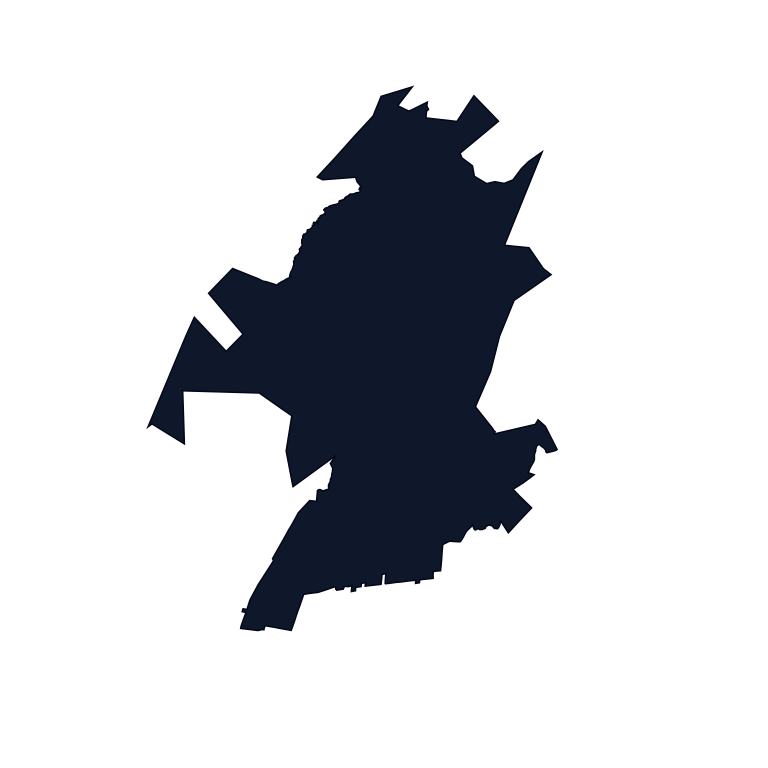 Peñón Blanco, Durango, Mexico, rotated 40°
{"feature_id": "50627088B91446374874512", "entity_name": "Peñón Blanco", "entity_type": "district", "adm_level": 2, "iso_a3": "MEX", "parent_name": "Mexico", "parent_adm1": "Durango", "projection": "equal_earth", "projection_center": [-104.068, 24.769], "detail": "fine", "context": "isolated", "style": "filled", "palette": "ink", "viewbox_px": 768, "rotation_deg": 40, "n_neighbors": 0, "source": "geoboundaries", "source_scale": "gbopen_adm2", "svg_char_len": 6098}
<svg xmlns="http://www.w3.org/2000/svg" viewBox="0 0 768 768"><g transform="rotate(40 384 384)"><path d="M432.0,193.2L407.5,186.4L387.1,200.3L356.0,104.6L351.8,120.6L350.8,130.4L351.6,144.7L347.1,153.1L338.9,157.7L333.8,164.5L319.7,166.8L311.6,160.0L298.4,160.7L293.9,158.3L302.8,109.1L267.6,105.4L271.1,136.0L245.1,153.2L241.3,147.8L241.6,145.0L238.2,143.5L237.2,142.2L236.0,140.2L228.9,156.4L227.6,159.0L215.7,162.0L215.4,156.8L214.7,138.2L196.9,165.5L203.4,185.7L202.3,208.7L202.1,212.3L201.1,243.2L199.8,268.4L205.7,267.0L229.2,244.0L230.8,244.7L231.6,245.3L233.4,246.4L237.2,247.1L237.5,247.2L238.0,247.1L238.6,247.6L238.8,247.4L239.3,247.2L240.1,247.1L240.5,247.6L240.4,248.0L240.1,248.2L239.7,248.9L239.4,249.3L239.3,249.5L240.0,251.1L241.2,250.8L241.4,250.6L241.6,250.8L242.0,252.7L241.8,253.3L239.7,255.4L239.6,256.0L238.6,257.8L238.1,258.2L237.6,259.0L236.9,259.5L236.5,259.7L236.1,260.1L235.9,260.7L235.7,261.5L235.6,262.1L235.6,262.5L235.7,262.9L235.3,263.6L234.9,264.2L234.7,264.8L234.5,265.6L234.4,266.6L234.5,266.9L235.0,266.9L235.1,267.3L234.6,268.3L233.8,269.4L233.7,269.8L233.4,270.5L233.3,271.3L233.1,271.5L232.6,271.5L232.4,271.7L232.2,272.5L232.2,272.9L232.4,273.3L233.0,273.8L233.1,274.1L233.0,275.0L232.5,275.9L231.8,277.3L231.6,277.5L231.4,277.6L230.2,279.2L229.5,280.2L228.0,282.5L227.8,283.1L227.7,283.7L227.9,284.2L226.1,286.9L225.9,287.7L226.0,288.1L225.8,289.2L226.0,289.4L228.2,289.7L228.3,289.8L228.5,290.3L228.9,291.1L229.1,291.8L228.7,292.5L228.9,293.0L228.4,293.6L228.4,293.8L228.3,294.1L227.9,294.4L227.3,295.7L227.1,296.1L227.1,296.3L227.2,296.5L227.7,298.0L227.6,298.4L227.3,298.8L227.2,299.4L229.7,303.2L227.8,302.3L228.1,304.0L227.4,304.6L226.4,305.1L226.4,305.9L226.4,306.1L226.6,306.3L226.8,306.6L227.1,306.7L227.5,306.7L227.5,307.8L227.5,308.1L227.3,308.3L227.2,308.5L227.8,309.3L228.3,309.8L228.3,310.2L228.1,311.0L227.8,312.9L227.2,314.0L226.9,314.5L226.5,314.8L226.3,315.2L226.4,315.6L227.2,316.7L227.6,317.6L227.4,318.6L227.4,319.7L226.9,320.0L226.9,320.4L226.4,320.7L226.2,320.9L226.3,321.3L226.6,322.1L226.6,323.0L227.5,323.6L227.9,324.1L228.1,325.5L228.4,326.5L228.7,326.9L229.2,327.3L229.7,328.2L230.0,328.6L231.0,329.4L231.9,329.9L232.1,330.3L232.4,331.3L232.5,332.1L232.3,332.9L232.7,333.3L232.7,334.0L232.4,334.7L232.7,335.4L233.7,335.9L234.2,336.8L234.6,337.8L234.8,339.3L234.5,340.3L234.5,340.9L234.5,341.6L234.1,342.4L234.4,343.0L234.3,343.5L234.4,344.1L234.2,344.6L234.8,345.3L235.4,346.1L235.6,346.7L235.9,347.1L236.0,347.5L235.9,348.0L236.2,348.3L236.2,348.6L236.5,348.8L236.8,349.0L237.1,349.2L237.3,349.6L238.1,350.3L238.9,352.5L239.1,352.9L239.2,353.2L239.6,353.9L239.9,354.9L240.2,355.7L240.6,357.9L240.9,358.9L241.3,359.5L241.5,360.4L241.8,361.0L241.9,361.3L242.2,361.9L242.6,362.2L243.8,362.1L243.2,363.5L242.5,364.4L242.6,364.9L242.0,365.8L241.5,366.9L241.1,368.2L241.1,368.5L240.9,369.3L240.5,370.3L239.9,370.9L239.8,371.6L239.5,372.2L239.4,372.7L239.2,373.1L239.3,373.6L238.8,374.5L238.6,374.6L238.5,375.1L238.8,376.9L228.5,381.1L225.1,383.0L220.0,384.2L212.6,386.7L193.8,392.8L191.3,427.3L244.0,436.4L242.1,460.4L195.8,454.8L201.5,475.0L230.8,568.6L231.9,563.7L269.6,558.2L234.2,518.6L294.2,471.1L323.5,468.6L333.8,467.6L352.1,498.2L378.7,519.9L380.3,521.1L390.6,479.5L392.9,469.9L394.0,479.4L398.9,481.5L400.1,483.4L400.7,484.1L401.6,486.0L403.6,489.1L404.2,491.5L405.0,492.5L405.7,493.8L405.9,495.3L406.5,497.1L407.5,498.5L408.0,498.7L408.5,499.3L408.9,500.1L408.8,500.8L408.2,501.5L407.5,502.9L407.2,503.0L406.8,503.9L406.0,505.0L405.0,505.4L403.5,505.7L402.8,506.0L402.0,506.8L401.7,507.5L401.5,508.4L402.9,510.3L407.7,517.3L402.0,521.1L401.1,537.7L401.9,541.3L404.1,552.7L404.7,557.0L405.6,561.2L410.9,589.5L412.8,590.2L413.2,592.1L416.6,618.6L420.1,635.5L423.9,644.8L420.5,646.8L420.8,647.6L421.7,649.6L423.4,648.7L425.1,647.7L425.5,648.9L426.3,651.0L427.4,654.1L427.9,655.4L430.0,661.0L431.3,663.4L446.0,653.8L448.5,650.4L450.0,649.5L449.2,648.1L448.4,645.6L448.9,645.2L451.8,643.6L456.4,640.8L461.6,638.0L462.9,637.2L471.3,632.4L468.2,624.0L465.8,618.1L463.1,611.1L462.7,609.7L460.3,603.5L457.7,596.8L461.1,592.8L467.7,585.7L468.5,584.3L470.5,581.2L476.8,570.7L477.8,571.2L479.0,572.2L479.5,571.8L479.8,571.8L480.3,572.3L484.7,567.3L483.7,564.7L487.4,561.7L489.1,559.1L490.2,560.8L492.4,564.0L495.1,560.7L493.0,558.0L496.7,554.0L494.8,551.2L497.6,548.2L499.5,551.0L502.3,548.0L506.8,543.3L507.7,542.3L509.6,540.4L510.5,539.3L508.6,536.5L506.7,533.6L504.9,531.2L506.2,529.5L507.5,528.2L509.3,531.0L511.3,533.7L513.1,536.1L513.5,536.1L516.2,533.3L518.7,530.5L520.6,528.4L524.2,524.8L529.7,518.8L534.5,513.9L536.3,516.5L538.9,513.5L537.2,511.0L542.7,505.3L546.6,501.3L544.2,498.6L542.3,495.9L545.0,493.0L547.4,490.7L545.4,487.8L542.6,483.8L541.6,482.3L536.7,475.6L532.2,469.2L535.1,462.6L535.7,462.0L542.9,456.7L543.6,456.0L543.8,454.7L543.2,450.5L542.0,444.9L541.9,443.1L542.8,434.7L544.1,435.7L544.4,436.2L545.6,436.9L546.2,437.1L546.9,437.4L547.7,437.2L548.2,436.5L548.5,435.7L548.9,434.8L549.2,434.3L549.7,434.0L550.3,434.1L551.0,434.0L553.1,432.0L553.4,431.1L553.9,430.3L554.3,429.4L553.8,428.3L553.9,427.4L554.5,425.4L555.3,424.7L555.5,424.4L556.1,423.9L557.0,423.7L557.5,423.3L558.0,423.1L559.2,423.4L560.9,423.5L561.5,423.8L562.1,423.0L562.7,422.6L563.7,422.3L564.0,421.6L564.0,420.4L563.9,419.6L563.5,418.0L563.2,417.2L562.7,416.4L561.4,413.9L574.9,418.1L575.6,401.9L576.7,384.0L559.6,382.7L550.5,381.7L554.0,370.8L555.3,365.6L557.3,357.0L551.7,359.2L550.4,356.0L550.0,354.6L549.1,350.2L549.0,349.4L548.5,346.9L547.7,345.1L545.9,342.9L544.9,341.7L544.5,341.1L544.1,340.3L543.6,338.7L543.2,337.9L542.0,336.1L541.4,334.9L541.1,334.0L540.9,333.0L541.0,332.1L541.1,331.7L541.4,331.2L541.7,330.9L542.5,330.5L542.8,330.4L544.8,330.5L547.8,330.3L548.5,330.4L549.5,330.6L550.3,330.8L550.7,331.1L551.4,331.7L552.0,332.0L552.7,332.0L553.0,331.9L553.3,331.6L557.9,325.1L558.2,324.6L558.4,324.1L558.7,322.9L534.7,312.7L525.0,312.4L525.9,317.6L500.7,351.2L499.7,349.0L498.0,349.1L496.1,348.3L468.7,342.7L457.7,306.1L441.8,273.2L429.9,236.3L441.7,192.8L432.0,193.2Z" fill="#0f172a" stroke="#020617" stroke-width="1.5"/></g></svg>